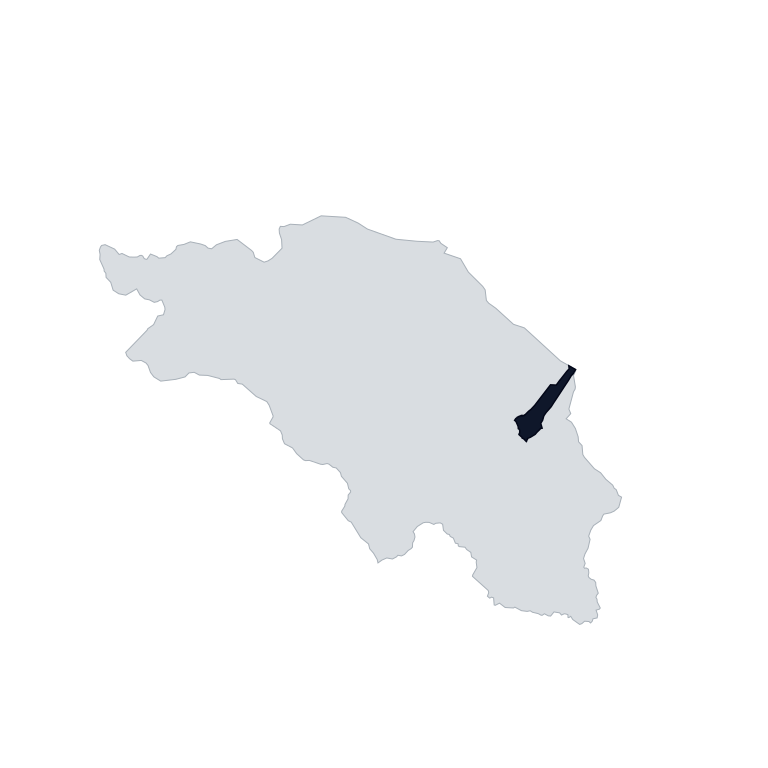 Cogt, Govi-Altay, Mongolia shown in context, rotated 216°
{"feature_id": "93677404B32157357652115", "entity_name": "Cogt", "entity_type": "district", "adm_level": 2, "iso_a3": "MNG", "parent_name": "Mongolia", "parent_adm1": "Govi-Altay", "projection": "orthographic", "projection_center": [96.826, 44.224], "detail": "fine", "context": "in_parent", "style": "filled", "palette": "ink", "viewbox_px": 768, "rotation_deg": 216, "n_neighbors": 0, "source": "geoboundaries", "source_scale": "gbopen_adm2", "svg_char_len": 5607}
<svg xmlns="http://www.w3.org/2000/svg" viewBox="0 0 768 768"><g transform="rotate(216 384 384)"><path d="M76.4,312.1L78.6,312.3L82.3,310.0L83.1,306.4L84.4,304.5L92.8,304.4L96.4,305.8L97.2,303.6L97.9,303.3L99.7,305.5L101.7,304.8L103.1,304.1L104.6,301.4L107.4,302.1L112.5,299.5L112.8,294.2L114.8,293.0L119.2,292.4L120.0,290.0L120.9,289.3L124.2,288.9L129.8,286.6L132.4,286.5L134.5,284.2L139.6,281.4L147.0,280.4L147.6,278.9L154.6,274.4L161.7,274.6L163.9,270.4L165.0,270.0L169.6,275.4L171.7,274.8L172.6,272.9L175.6,273.1L176.6,276.7L178.3,278.2L199.4,280.4L200.0,281.7L200.9,290.1L204.7,294.1L205.6,296.0L211.5,295.6L214.8,298.8L219.9,298.7L222.5,299.6L227.5,296.7L228.7,296.7L230.2,298.3L232.7,297.2L237.3,300.1L240.9,299.6L242.6,300.7L244.7,299.8L249.9,300.6L254.1,305.0L256.9,304.7L260.3,301.7L261.1,299.7L266.1,298.6L268.9,296.7L270.7,294.8L273.3,288.3L273.7,281.6L271.2,280.6L269.0,278.4L267.7,274.9L267.5,272.4L265.1,268.7L265.3,266.7L266.6,263.5L267.2,258.2L268.8,255.2L272.1,253.6L272.3,251.5L274.3,247.4L279.5,244.9L282.2,240.3L283.7,235.7L286.3,238.0L293.1,241.0L298.7,242.3L302.5,245.5L312.4,246.0L329.3,253.0L332.6,252.4L342.6,255.1L343.5,256.2L343.9,262.1L344.8,263.7L345.6,270.0L347.7,273.1L347.5,277.0L348.4,278.1L350.9,278.5L355.2,282.2L364.2,284.3L367.1,286.7L373.3,288.0L376.4,286.6L381.5,286.8L383.3,286.2L386.2,282.9L388.2,281.8L399.5,278.3L402.4,275.9L404.5,275.3L413.7,276.3L420.4,278.5L429.4,277.2L434.0,280.0L436.3,282.9L440.2,285.3L452.9,284.8L453.6,285.4L454.4,292.1L455.1,293.1L464.4,299.3L468.5,300.9L480.0,298.8L498.6,300.6L502.6,298.5L506.7,300.2L508.2,299.8L518.5,291.7L520.3,291.8L531.7,287.3L538.6,282.7L544.4,281.9L548.3,278.3L549.1,272.8L555.2,265.4L566.3,255.1L574.4,254.5L579.7,256.1L585.8,260.3L588.9,261.1L594.2,260.4L600.6,254.9L604.6,254.9L608.6,255.7L611.6,257.8L607.3,288.2L607.6,289.9L605.3,296.6L607.0,306.0L603.1,310.4L604.9,315.5L606.5,317.3L613.0,321.3L614.6,320.2L615.6,317.6L617.9,315.0L623.3,314.2L627.6,312.2L633.7,312.6L640.0,315.6L645.1,304.1L651.6,301.1L658.3,300.7L664.9,305.7L671.5,306.9L674.1,310.1L676.8,310.9L678.0,312.4L687.1,317.6L689.9,322.0L692.9,324.8L693.9,328.2L693.9,330.1L691.5,332.8L681.2,334.8L674.4,333.1L672.7,335.6L664.8,337.0L660.8,339.7L658.2,341.8L657.0,344.6L655.8,345.5L654.4,345.7L651.6,344.5L649.6,345.1L649.1,345.7L649.3,351.9L642.6,353.6L640.2,353.4L635.3,357.6L635.0,360.1L632.8,364.0L631.5,370.6L632.6,373.1L632.2,374.9L627.9,379.3L624.2,385.2L614.6,389.5L610.0,390.9L606.2,390.5L602.9,392.1L601.4,398.1L596.2,406.1L587.8,414.6L569.6,414.2L567.2,413.7L562.8,410.4L552.6,412.1L550.2,415.4L548.4,419.9L546.3,433.9L551.7,440.6L557.3,444.6L559.9,447.7L560.5,450.6L557.4,452.6L553.7,458.2L543.5,464.7L533.7,483.1L513.0,496.3L499.5,499.0L488.5,499.6L459.5,508.1L441.3,518.8L427.7,527.7L424.9,531.6L423.5,532.3L420.7,531.2L412.9,531.5L412.3,525.2L395.7,530.3L381.5,524.1L361.5,521.0L357.5,519.6L350.3,511.8L346.7,510.9L338.1,511.0L314.3,508.4L303.4,511.9L255.0,506.4L237.5,508.4L236.8,507.6L235.7,502.3L227.5,494.2L226.4,492.2L226.1,489.0L219.7,472.4L215.5,469.8L216.2,462.9L209.9,463.3L203.0,460.5L195.9,455.4L192.6,451.6L187.6,450.6L181.7,443.8L178.8,442.5L164.0,439.1L156.5,439.5L148.6,437.3L139.5,436.6L136.6,435.0L134.0,435.0L128.9,431.7L125.3,432.1L121.6,422.2L123.1,416.4L125.1,412.9L129.6,408.0L129.6,406.0L128.3,401.0L131.3,392.6L130.8,387.3L129.0,381.2L126.0,379.5L122.4,371.1L121.5,364.6L120.0,360.1L115.8,357.1L114.7,353.2L113.4,352.8L112.4,354.0L109.7,354.3L107.3,351.6L106.0,348.8L104.5,347.9L101.6,347.8L98.9,348.8L96.1,347.9L93.9,345.2L87.7,340.7L87.8,337.9L87.1,335.9L85.2,335.1L83.4,333.0L77.4,329.9L77.4,328.5L79.5,325.7L75.4,322.8L74.1,320.0L76.9,316.9L76.1,314.5L76.4,312.1Z" fill="#d9dde1" stroke="#a8b0b8" stroke-width="1"/><path d="M237.0,503.2L237.1,504.4L237.2,505.2L237.3,505.8L237.3,506.2L237.3,506.4L237.4,507.3L237.5,508.3L238.3,508.2L239.4,508.1L240.6,507.9L241.8,507.8L242.9,507.7L245.2,507.4L243.1,505.1L243.5,501.8L243.9,491.1L244.0,490.6L244.0,484.4L248.8,481.2L249.5,455.3L250.2,449.7L251.0,447.0L251.8,441.8L252.0,441.7L252.3,441.4L252.3,441.2L252.3,440.8L252.3,440.7L252.5,440.5L252.6,440.4L252.8,440.3L252.7,440.3L252.8,440.2L252.9,439.9L253.0,439.9L253.1,439.7L253.3,439.6L253.5,439.4L253.8,439.2L253.9,439.3L253.9,439.2L254.0,439.2L254.3,439.0L254.4,438.9L254.5,438.9L254.5,438.7L254.8,438.5L254.9,438.4L255.0,438.3L255.1,438.2L255.3,437.9L255.3,437.7L255.4,437.4L255.5,437.2L255.7,436.9L255.9,436.9L256.0,436.7L256.1,436.4L256.2,436.2L256.3,436.0L256.3,435.9L256.5,435.7L256.6,435.4L256.7,435.2L256.5,434.9L256.6,434.7L256.7,434.4L256.8,434.2L257.0,433.7L257.0,433.4L257.1,433.2L257.0,432.9L256.9,432.6L257.0,432.4L256.9,432.2L256.9,431.9L257.0,431.7L257.0,431.4L255.1,431.2L251.3,429.0L250.3,428.3L249.1,426.8L248.5,426.9L247.8,426.7L247.0,426.3L246.6,425.9L246.4,425.5L245.7,424.5L245.4,424.0L245.5,423.5L245.1,422.4L241.2,422.0L240.3,421.4L239.1,421.8L235.0,421.1L235.0,421.3L235.0,421.5L235.2,421.8L235.3,421.9L235.4,422.0L235.3,422.3L235.4,422.5L235.5,422.8L235.5,423.0L235.4,423.2L235.4,423.3L235.5,423.4L235.5,423.5L235.5,423.8L235.8,424.1L235.9,424.3L234.2,427.1L232.1,432.2L232.0,433.9L231.9,435.0L231.2,439.0L231.2,440.0L230.1,441.2L232.3,442.9L232.6,443.2L233.1,443.5L233.5,443.8L233.9,444.2L234.1,444.3L234.1,444.5L234.1,445.1L234.2,445.3L234.2,445.9L234.2,446.1L234.3,446.8L234.3,447.2L234.3,447.5L234.4,447.9L234.5,448.2L234.7,448.7L234.8,449.1L235.0,449.6L235.2,450.1L235.4,450.6L235.6,451.1L236.0,452.4L236.1,456.4L235.6,461.4L235.4,463.9L235.7,468.3L235.9,473.2L236.7,490.0L236.9,495.0L237.4,500.8L237.0,503.2Z" fill="#0f172a" stroke="#020617" stroke-width="1.5"/></g></svg>